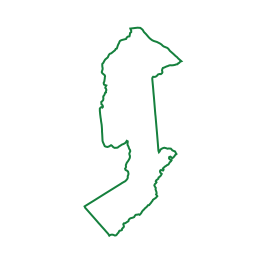 outline of Muricilândia, Tocantins, Brazil, rotated 51°
{"feature_id": "56859067B66713354403020", "entity_name": "Muricilândia", "entity_type": "district", "adm_level": 2, "iso_a3": "BRA", "parent_name": "Brazil", "parent_adm1": "Tocantins", "projection": "albers", "projection_center": [-48.769, -7.015], "detail": "fine", "context": "isolated", "style": "outline", "palette": "green", "viewbox_px": 256, "rotation_deg": 51, "n_neighbors": 0, "source": "geoboundaries", "source_scale": "gbopen_adm2", "svg_char_len": 4519}
<svg xmlns="http://www.w3.org/2000/svg" viewBox="0 0 256 256"><g transform="rotate(51 128 128)"><path d="M52.2,63.6L53.4,64.0L54.5,64.3L55.5,65.2L55.5,66.6L56.3,67.5L57.1,68.4L57.7,69.2L56.9,70.6L56.9,72.1L57.6,73.4L57.0,74.7L56.4,76.0L55.8,77.3L55.4,78.6L55.3,79.5L55.7,80.5L56.3,81.4L56.8,82.7L57.2,83.5L57.9,84.7L58.6,85.7L59.2,86.7L58.8,87.8L59.4,89.1L59.4,91.1L59.4,92.3L59.4,94.0L58.9,95.4L59.0,96.3L59.3,97.2L59.9,98.3L60.4,99.3L60.4,100.9L60.4,102.3L60.7,103.5L61.3,105.0L61.9,106.3L61.9,107.4L62.6,108.2L63.6,108.9L64.4,109.5L65.3,109.9L66.3,110.7L67.2,112.0L68.0,113.2L69.3,113.5L70.7,113.2L72.4,112.9L73.4,113.3L74.0,114.1L75.0,115.0L75.9,116.0L76.9,117.1L77.7,118.6L79.1,119.3L80.2,118.8L81.3,118.1L81.6,118.9L82.0,119.7L82.5,120.4L83.6,120.4L84.5,120.7L85.2,121.3L85.6,122.2L86.5,122.7L86.3,123.8L87.2,125.1L87.7,126.3L87.8,127.2L88.5,127.9L89.4,128.4L90.0,129.0L90.7,129.8L90.9,131.0L91.0,132.5L92.0,133.1L92.8,133.7L94.0,133.5L95.0,133.7L95.8,134.2L96.0,135.1L95.0,135.6L94.9,136.6L95.2,137.7L97.1,139.2L98.2,139.9L99.5,140.8L101.6,142.1L102.7,142.8L103.8,143.4L104.6,143.9L105.5,144.5L107.6,145.7L109.0,146.5L110.6,147.6L111.6,148.3L112.6,149.0L113.4,149.6L114.5,150.5L115.4,151.1L116.8,152.1L119.0,153.7L122.0,155.9L123.3,156.4L127.5,157.5L128.8,156.8L129.9,155.8L130.4,154.3L130.6,153.0L130.7,152.0L131.8,151.6L132.9,151.6L133.9,151.4L135.0,150.9L135.9,149.7L136.7,148.4L136.7,146.6L136.9,145.1L137.0,144.0L137.1,142.9L137.5,141.9L137.7,141.0L137.9,139.7L137.6,138.2L137.2,137.0L138.2,136.6L139.0,137.3L139.8,138.2L140.9,139.0L142.1,139.2L143.0,139.4L143.8,139.8L145.2,140.2L146.5,140.3L147.5,140.9L148.1,142.1L148.6,143.0L149.7,143.7L150.8,144.0L151.7,144.7L152.4,145.5L153.0,146.8L153.5,148.1L153.8,149.0L154.2,150.7L155.4,152.9L156.1,153.5L157.0,154.0L157.5,154.9L157.8,155.9L159.1,156.3L160.6,155.6L161.9,155.4L162.9,155.9L163.7,156.3L164.5,157.1L165.2,158.5L166.3,159.3L167.0,160.2L167.3,161.4L167.5,162.5L167.6,163.7L167.4,164.8L167.0,167.2L166.9,168.3L166.7,170.0L166.4,172.3L166.2,173.9L166.0,175.5L165.8,177.2L164.5,187.5L162.9,200.8L162.6,203.1L162.0,207.8L161.6,211.1L163.3,211.5L164.4,211.4L181.9,210.7L183.0,210.7L186.2,210.5L187.1,210.5L192.7,210.2L193.7,210.2L197.9,210.0L199.9,210.3L200.0,209.1L200.3,208.3L201.0,207.3L202.0,206.5L203.1,206.0L203.8,205.1L203.8,203.8L203.4,202.5L203.3,201.1L202.7,200.2L202.5,199.2L203.1,198.3L203.4,196.9L202.7,196.2L202.4,195.0L202.4,194.0L202.0,193.2L200.9,192.6L199.8,192.2L199.5,191.2L200.2,190.2L200.4,188.7L200.5,187.4L200.7,186.4L199.8,185.1L199.6,183.9L199.7,182.9L200.1,182.0L200.7,180.7L201.1,179.3L200.7,178.3L200.4,177.4L200.4,176.5L201.2,175.3L201.8,174.1L202.8,173.6L202.7,172.5L202.4,171.2L201.8,169.7L201.5,168.5L201.4,167.5L201.4,166.6L201.1,165.7L201.1,164.1L201.0,162.5L200.6,161.1L201.2,160.1L200.9,158.8L200.7,157.5L200.3,156.2L200.0,154.8L199.5,153.8L199.6,152.7L199.7,151.4L199.8,150.3L199.6,149.1L199.4,148.1L198.3,148.0L197.3,148.0L196.8,146.9L195.7,146.2L194.3,145.7L193.0,145.2L192.0,144.1L190.4,144.0L189.1,143.6L188.5,142.4L188.4,141.0L188.1,140.0L186.8,139.9L186.4,138.7L186.5,137.7L186.5,136.3L185.7,135.4L185.8,134.2L185.7,132.8L185.3,131.6L184.9,130.7L183.8,130.9L182.8,130.9L181.8,130.4L181.3,129.7L181.4,128.8L182.3,128.2L183.1,127.5L182.8,126.6L181.4,126.3L181.3,124.9L181.2,123.7L181.4,122.3L181.4,121.0L181.8,119.6L181.4,118.3L180.9,117.2L180.9,115.6L180.5,114.5L179.2,115.0L178.3,115.3L177.2,115.1L176.5,114.1L177.0,113.0L178.2,112.8L179.3,112.7L179.4,111.3L179.2,109.9L178.7,108.4L178.7,106.7L177.5,106.6L175.9,106.2L174.4,107.0L173.3,107.6L172.1,107.6L171.0,107.7L170.3,108.4L169.5,109.3L169.0,110.3L167.8,111.0L167.0,111.6L166.2,112.2L165.7,113.3L165.4,114.4L165.2,116.2L165.7,117.3L166.1,118.1L166.3,119.2L164.9,118.7L163.4,117.7L158.6,114.4L152.3,110.1L149.8,108.4L145.8,105.7L136.2,99.2L134.6,98.2L120.7,88.7L118.3,87.1L115.9,85.5L113.6,83.9L104.9,78.1L104.2,77.2L104.0,76.2L104.7,75.6L105.3,74.7L105.6,73.7L105.6,72.5L105.3,70.9L105.9,69.5L106.8,68.6L106.8,67.0L106.3,66.1L105.5,65.7L104.6,65.3L103.8,64.2L103.3,63.1L103.8,61.8L104.1,60.6L104.4,59.3L104.9,58.2L105.1,57.2L105.7,55.8L106.8,54.6L107.7,53.3L108.2,52.3L108.6,51.5L109.0,50.3L109.6,49.4L109.3,48.2L109.6,47.2L109.3,45.7L109.7,44.5L105.6,45.2L103.7,45.3L102.1,45.7L99.0,46.1L94.4,46.9L91.8,46.8L90.4,47.1L87.2,48.9L85.8,49.3L84.3,49.4L82.4,50.0L80.4,50.9L79.3,51.4L76.6,53.2L74.9,54.0L72.4,54.6L70.7,54.8L66.3,54.9L63.5,55.2L60.8,54.8L58.0,55.4L56.1,57.4L54.7,59.6L53.9,60.9L52.2,63.6Z" fill="none" stroke="#15803d" stroke-width="2"/></g></svg>